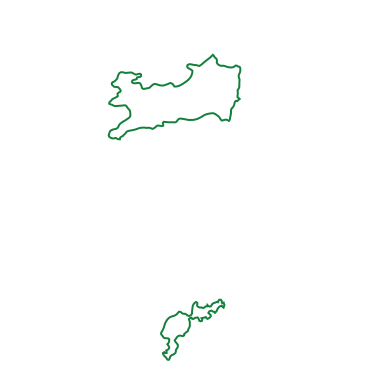 the district of Likoma, Likoma, Malawi, rotated 243°
{"feature_id": "42251766B55477981037231", "entity_name": "Likoma", "entity_type": "district", "adm_level": 2, "iso_a3": "MWI", "parent_name": "Malawi", "parent_adm1": "Likoma", "projection": "natural_earth1", "projection_center": [34.694, -12.051], "detail": "fine", "context": "isolated", "style": "outline", "palette": "green", "viewbox_px": 384, "rotation_deg": 243, "n_neighbors": 0, "source": "geoboundaries", "source_scale": "gbopen_adm2", "svg_char_len": 5970}
<svg xmlns="http://www.w3.org/2000/svg" viewBox="0 0 384 384"><g transform="rotate(243 192 192)"><path d="M291.6,173.3L290.2,172.8L288.9,172.2L287.7,171.5L286.9,170.3L286.6,168.9L286.4,167.2L286.2,165.7L286.0,162.6L285.8,161.0L285.6,159.6L285.1,158.1L284.3,156.8L283.3,155.7L282.8,154.3L282.8,152.7L283.2,151.3L283.6,149.7L283.7,148.1L283.3,146.5L282.4,145.5L281.4,144.5L280.3,143.5L279.0,143.3L277.6,143.9L276.5,144.7L275.6,145.8L275.1,147.3L274.7,148.7L273.5,149.4L272.4,150.4L271.7,151.7L273.0,152.6L273.3,154.2L273.3,155.6L273.8,157.0L274.2,158.5L274.8,159.9L275.4,161.3L275.3,162.9L274.9,164.5L274.4,166.0L274.0,167.5L273.6,169.1L273.3,170.6L272.9,173.9L272.5,175.4L271.9,176.9L271.3,178.2L270.6,179.4L269.6,180.8L269.2,182.1L268.4,183.3L267.3,184.5L266.2,185.3L266.1,186.9L266.2,188.3L266.7,189.9L266.9,191.3L266.2,192.6L265.3,193.9L264.4,195.0L264.2,196.5L265.5,197.0L266.9,197.4L267.3,198.8L265.7,201.3L264.8,202.7L264.1,204.0L263.5,205.3L262.8,206.6L262.0,208.0L261.6,209.4L262.0,210.9L262.7,212.1L263.1,213.5L262.7,215.0L261.9,216.3L261.0,217.4L260.1,218.7L259.2,219.8L258.3,220.9L257.5,222.1L256.8,223.6L256.1,224.9L255.5,226.3L255.1,227.8L254.8,229.4L254.6,231.0L254.6,232.5L254.6,234.1L254.7,235.5L254.9,237.2L254.9,238.7L254.7,240.1L254.4,241.6L254.0,243.0L253.5,244.4L253.0,245.8L252.2,247.1L251.1,248.0L248.7,249.3L247.4,250.0L246.1,250.3L244.8,250.4L243.5,250.5L242.2,250.9L241.7,252.5L241.5,253.9L240.9,255.4L239.8,256.4L238.6,257.1L239.2,258.4L240.4,259.3L241.5,260.2L242.7,261.1L243.8,262.0L244.9,262.7L246.1,263.3L247.4,264.0L248.4,265.2L248.8,266.7L249.6,268.0L250.6,269.2L251.7,270.1L252.7,271.0L253.3,272.5L252.4,273.7L253.0,275.1L253.3,276.7L254.6,276.2L255.8,275.6L257.2,276.3L258.4,277.2L259.5,277.8L260.8,278.4L262.0,278.8L262.7,280.2L263.6,281.4L265.0,282.3L266.3,283.0L267.5,283.6L268.7,284.3L269.9,285.0L271.1,285.6L272.5,285.7L273.9,286.1L275.0,286.8L276.0,288.0L277.0,289.2L278.2,290.1L279.5,290.8L280.7,291.3L282.0,291.2L282.9,290.0L284.1,289.4L284.9,288.2L284.5,286.6L284.5,285.2L285.2,283.4L285.9,282.1L286.8,281.0L287.8,279.8L288.8,278.9L289.8,277.9L290.6,276.7L291.1,275.3L292.2,274.2L293.3,273.4L294.7,272.9L296.0,272.8L297.1,273.5L298.3,274.1L299.6,274.2L302.2,273.3L303.6,273.3L304.8,272.8L304.2,271.3L303.7,269.7L303.4,268.3L303.1,266.8L302.8,265.1L302.5,263.6L302.2,262.1L301.8,260.5L301.4,258.9L301.1,257.3L301.0,255.7L302.0,254.5L303.0,253.6L303.7,252.4L304.5,251.1L305.5,250.0L306.4,248.8L307.1,247.6L307.2,245.8L306.2,244.7L304.9,244.6L303.6,245.2L302.3,246.1L301.2,246.9L299.9,247.4L298.6,246.7L297.5,245.9L296.5,244.9L295.6,243.8L294.8,242.6L294.2,241.2L293.7,239.8L293.3,238.1L293.0,236.5L292.8,235.0L292.6,233.4L292.5,231.9L292.4,230.3L292.5,228.8L292.7,227.3L293.3,225.5L294.0,224.2L295.3,224.0L296.7,223.9L297.9,223.2L299.0,222.2L299.1,220.7L299.2,219.2L299.6,216.2L299.9,214.7L300.6,213.4L301.5,212.0L302.4,211.0L304.5,208.9L305.3,207.7L305.4,206.2L305.1,204.5L304.7,203.2L304.2,201.3L304.6,199.7L305.0,198.3L305.4,196.8L306.0,195.4L307.1,194.7L308.4,194.9L309.7,195.1L311.2,195.2L312.5,195.0L313.5,194.0L314.0,192.6L314.5,191.1L315.2,189.7L316.2,188.6L317.5,188.5L318.4,189.5L318.3,191.0L317.9,192.5L317.8,194.1L318.9,194.9L318.7,196.5L318.1,197.9L318.5,199.3L319.8,199.9L321.0,199.3L321.6,197.7L321.7,196.1L322.5,194.8L323.6,194.1L324.7,193.2L325.8,192.5L326.6,191.0L327.2,189.4L327.8,187.9L328.5,186.5L330.4,184.3L331.0,182.9L330.9,181.3L330.2,180.0L329.3,179.0L328.2,177.9L327.1,177.0L326.5,175.7L326.0,174.1L325.7,172.6L325.9,171.1L325.2,169.8L323.9,169.4L322.5,169.9L321.1,170.4L320.3,171.6L319.6,172.9L318.7,173.9L317.4,174.1L316.1,174.5L314.7,174.5L313.8,173.5L313.9,172.0L313.6,170.5L312.5,169.8L311.2,169.5L310.8,168.0L310.9,166.5L310.9,164.9L310.9,163.2L310.3,161.9L309.8,160.5L309.4,159.1L308.2,158.3L307.1,159.2L306.0,160.4L304.9,161.1L303.8,162.0L303.0,163.5L301.8,166.4L301.2,167.7L300.7,169.1L300.2,170.5L299.5,171.9L298.4,172.6L297.1,172.6L295.7,172.9L294.3,173.3L293.0,173.6L291.6,173.3ZM63.7,101.1L62.8,100.1L62.4,98.7L62.5,97.1L61.3,96.9L60.1,96.3L60.7,94.9L61.9,94.6L61.7,93.0L60.3,92.7L58.9,92.8L57.6,93.2L56.4,93.7L55.1,93.8L53.8,94.0L53.0,95.2L53.7,96.4L54.7,97.3L55.5,98.4L55.9,100.0L55.7,101.5L55.8,103.0L56.3,104.4L57.4,105.3L58.6,106.0L59.3,107.2L60.0,108.5L61.1,109.5L62.4,110.0L63.8,109.7L65.2,109.5L66.5,109.1L67.7,109.3L68.4,110.6L69.0,111.9L69.7,113.2L69.9,114.7L69.5,116.2L68.6,117.3L67.8,118.4L67.8,119.9L69.0,120.5L69.3,122.0L69.8,123.6L69.9,125.1L71.0,126.1L71.9,127.1L72.7,128.3L73.7,129.4L74.9,129.8L76.1,130.5L77.2,131.1L78.9,131.3L80.2,131.6L80.6,133.1L80.2,134.5L79.0,134.5L78.2,135.6L78.5,137.1L78.2,138.5L77.7,140.0L76.5,140.4L75.2,140.2L73.9,140.1L72.9,141.0L72.7,142.5L73.9,143.3L75.2,143.2L74.8,144.6L74.5,146.0L74.3,147.5L73.1,147.7L71.9,148.2L71.9,149.8L72.2,151.2L72.9,152.5L74.3,152.7L75.5,152.1L76.8,151.7L77.6,152.9L77.8,154.3L77.3,155.7L76.0,156.3L75.2,157.4L73.9,157.6L74.4,159.0L75.0,160.3L76.0,161.3L76.7,162.6L77.3,164.0L77.4,165.5L77.1,166.9L75.8,167.0L74.6,167.6L76.6,169.6L77.9,169.7L79.1,170.0L79.2,168.4L80.5,168.5L81.7,169.1L83.0,168.7L83.6,167.4L83.0,166.1L82.0,165.1L82.8,164.0L82.9,162.4L83.2,160.9L83.1,159.4L82.3,158.1L81.5,156.9L82.0,155.6L83.1,154.7L84.3,154.4L83.3,153.6L83.9,152.1L83.4,150.7L83.6,149.2L84.7,148.3L85.3,146.9L86.2,145.8L87.4,145.1L88.7,145.0L89.8,145.9L91.0,146.4L92.2,145.6L92.0,144.2L91.5,142.8L90.7,141.6L89.7,140.6L88.6,139.8L87.4,139.1L86.3,138.3L85.1,137.6L83.9,137.0L83.0,135.9L82.7,134.5L82.9,133.0L83.9,132.0L85.3,131.4L86.5,130.7L87.2,129.4L88.1,128.3L89.4,127.8L90.5,127.3L91.2,125.9L90.7,124.4L90.0,123.1L89.8,121.5L89.8,120.1L90.1,118.5L90.3,117.0L90.5,115.5L90.1,113.7L89.6,112.2L88.9,110.9L88.0,109.6L87.2,108.4L86.1,107.4L85.1,106.4L84.0,105.3L83.1,104.3L82.1,103.0L81.2,101.7L80.5,100.5L79.1,99.9L77.8,100.3L76.3,100.5L75.0,100.7L74.0,101.6L73.2,103.0L72.5,104.2L71.3,104.9L70.1,104.3L68.9,103.5L68.1,102.4L67.6,101.0L66.3,101.1L65.0,101.3L63.7,101.1Z" fill="none" stroke="#15803d" stroke-width="2"/></g></svg>